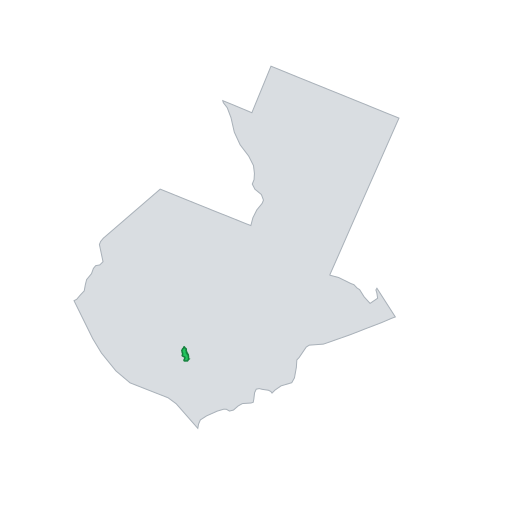 location of Amatitlán, Guatemala, rotated 22°
{"feature_id": "79465075B1608091480167", "entity_name": "Amatitlán", "entity_type": "district", "adm_level": 2, "iso_a3": "GTM", "parent_name": "Guatemala", "parent_adm1": "", "projection": "natural_earth1", "projection_center": [-90.597, 14.456], "detail": "fine", "context": "in_parent", "style": "filled", "palette": "green", "viewbox_px": 512, "rotation_deg": 22, "n_neighbors": 0, "source": "geoboundaries", "source_scale": "gbopen_adm2", "svg_char_len": 3056}
<svg xmlns="http://www.w3.org/2000/svg" viewBox="0 0 512 512"><g transform="rotate(22 256 256)"><path d="M104.0,365.6L106.0,363.3L107.7,358.1L109.8,352.7L108.5,346.4L107.8,341.3L110.1,334.0L109.9,328.4L111.0,325.0L114.5,322.8L116.3,318.6L106.5,304.0L106.5,300.7L107.8,296.6L115.8,281.1L125.3,262.6L135.8,242.2L142.1,229.9L165.0,229.9L180.2,229.9L199.4,229.9L220.4,229.8L234.1,229.8L239.8,229.7L238.8,221.7L239.5,212.9L242.0,204.9L242.0,201.4L238.0,197.0L230.0,194.5L225.6,190.7L225.6,185.9L223.6,180.0L219.8,173.1L211.8,166.1L199.7,158.9L189.5,149.3L181.0,137.1L173.8,129.3L168.3,126.1L167.0,124.4L183.2,124.5L198.5,124.7L198.6,107.3L198.7,91.9L198.8,74.4L226.5,74.5L259.7,74.5L294.0,74.5L321.0,74.6L336.9,74.6L336.2,96.2L335.4,121.2L334.8,139.6L334.0,164.2L333.2,189.2L332.2,223.5L331.5,245.6L331.8,246.1L340.8,245.0L354.2,246.0L357.5,245.9L361.6,247.8L364.7,248.4L371.6,253.4L379.5,257.2L384.6,249.6L381.9,245.0L379.9,242.6L380.2,240.6L408.0,260.3L404.7,263.3L397.7,270.4L384.9,282.3L373.5,293.1L362.5,302.8L352.5,311.6L351.4,312.5L338.8,318.7L336.7,321.6L334.0,334.0L332.8,337.1L335.1,344.0L337.3,354.6L336.6,360.1L327.9,367.0L323.9,373.1L322.2,377.1L320.6,376.1L317.9,375.8L311.7,377.3L308.7,377.7L306.1,379.4L305.9,383.3L307.6,389.5L308.2,392.7L306.4,394.2L298.7,397.9L295.7,401.6L292.8,407.3L289.5,409.7L285.9,409.2L283.5,410.1L278.1,414.4L270.1,422.7L265.8,428.8L265.7,433.4L266.6,437.6L237.4,422.9L227.7,420.4L186.7,420.8L169.1,415.0L149.1,403.9L135.6,393.8L104.0,365.6Z" fill="#d9dde1" stroke="#a8b0b8" stroke-width="1"/><path d="M227.4,370.5L226.9,370.0L226.5,369.8L226.5,369.7L226.4,369.5L226.4,368.8L226.2,368.5L226.1,368.3L226.0,368.2L225.9,368.2L225.4,368.0L224.9,367.9L224.5,367.7L224.3,367.6L223.8,367.2L223.5,367.1L223.4,367.1L223.2,367.5L223.2,367.8L223.3,368.2L223.3,368.5L223.1,368.8L222.9,369.4L222.8,369.5L222.7,369.8L222.7,370.9L222.6,371.4L222.8,371.7L222.9,371.8L223.1,372.1L223.3,372.3L223.5,372.7L223.5,372.8L223.8,373.1L224.0,373.2L224.1,373.3L224.4,373.6L224.5,374.2L224.6,374.4L224.7,374.5L224.8,374.8L224.8,375.7L224.9,376.0L225.2,376.2L226.0,376.3L226.3,376.3L226.6,376.4L226.9,376.4L227.4,376.4L227.8,376.4L227.9,376.5L228.1,376.6L228.2,376.8L228.2,377.0L228.3,378.1L228.2,379.3L228.2,379.6L228.5,379.9L228.8,380.1L229.0,380.1L229.5,379.8L229.8,379.8L230.4,379.5L230.6,379.4L230.9,379.3L231.4,379.1L231.6,379.0L231.8,378.9L232.0,378.2L232.0,377.4L232.2,377.1L232.5,376.6L232.4,376.6L232.2,376.5L232.1,376.4L231.9,376.3L231.8,376.2L231.7,376.0L231.7,375.9L231.5,375.7L231.4,375.5L231.4,375.4L231.4,375.2L231.3,374.9L231.2,374.7L231.0,374.4L230.9,374.3L230.9,374.2L230.6,373.8L230.6,373.7L230.4,373.6L230.2,373.4L230.1,373.2L230.1,372.9L230.0,372.7L229.9,372.7L229.7,372.7L229.6,372.8L229.5,373.0L229.4,373.0L229.3,372.9L229.2,372.9L229.1,372.7L229.2,372.4L229.1,372.2L228.9,371.9L228.7,371.7L228.4,371.6L228.2,371.7L228.1,371.8L228.0,372.0L227.9,372.0L227.8,371.9L227.7,371.8L227.7,371.7L227.7,371.4L227.6,371.2L227.4,371.0L227.4,370.9L227.3,370.7L227.4,370.5Z" fill="#22c55e" stroke="#15803d" stroke-width="1.5"/></g></svg>